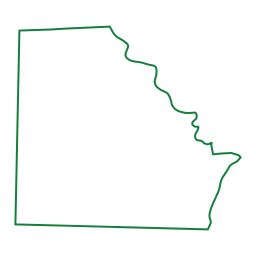 the district of Clark, Missouri, United States of America
{"feature_id": "52423323B73232877259314", "entity_name": "Clark", "entity_type": "district", "adm_level": 2, "iso_a3": "USA", "parent_name": "United States of America", "parent_adm1": "Missouri", "projection": "orthographic", "projection_center": [-91.584, 40.431], "detail": "fine", "context": "isolated", "style": "outline", "palette": "green", "viewbox_px": 256, "rotation_deg": 0, "n_neighbors": 0, "source": "geoboundaries", "source_scale": "gbopen_adm2", "svg_char_len": 1464}
<svg xmlns="http://www.w3.org/2000/svg" viewBox="0 0 256 256"><path d="M19.4,30.7L15.9,200.2L15.4,224.4L207.8,229.4L210.6,223.5L210.8,221.9L210.6,220.5L209.6,217.7L209.5,214.7L209.7,213.0L210.9,208.7L212.5,204.6L218.5,191.3L219.4,188.5L220.7,181.8L222.6,177.3L226.8,171.1L228.6,168.0L229.3,166.6L229.9,165.8L232.2,163.9L236.4,161.8L237.6,160.9L240.6,157.4L239.4,155.9L238.0,155.0L231.4,153.0L221.3,153.5L213.1,154.3L211.3,145.3L211.6,144.0L211.7,143.2L211.4,143.0L210.8,143.0L209.2,144.0L207.3,144.3L204.3,143.4L203.7,143.0L203.4,142.3L202.7,141.6L200.6,140.6L198.7,140.5L197.1,140.0L196.1,139.4L195.3,137.9L195.1,136.1L195.3,134.3L197.4,130.6L198.4,128.0L198.4,127.1L198.1,126.7L195.9,126.8L194.2,126.3L192.6,124.9L192.3,124.1L192.3,122.7L193.0,121.6L195.4,119.4L196.3,118.4L196.6,117.5L196.7,116.3L196.4,114.1L195.9,113.2L195.4,112.8L194.4,112.6L188.0,113.1L184.2,112.7L179.5,111.5L177.8,110.8L174.9,108.9L172.5,105.9L172.0,104.9L171.6,103.9L171.2,101.4L169.7,96.9L168.1,94.1L166.5,92.6L160.7,89.8L158.8,88.5L157.0,87.1L156.0,85.8L155.2,84.2L154.7,81.8L154.8,80.3L156.3,75.2L156.6,70.9L156.2,68.1L155.7,67.1L154.9,66.3L153.6,65.6L148.1,64.5L141.2,62.4L134.2,61.5L129.7,60.3L126.7,57.9L125.9,56.5L125.5,55.2L125.5,53.7L128.0,47.1L128.2,45.9L127.7,44.8L126.7,43.4L123.5,40.8L116.9,36.9L114.9,35.0L113.5,33.3L109.7,26.6L85.8,27.7L81.8,27.9L79.8,28.0L73.9,28.2L69.3,28.4L66.1,28.6L50.9,29.5L21.0,30.5L19.4,30.7Z" fill="none" stroke="#15803d" stroke-width="2"/></svg>